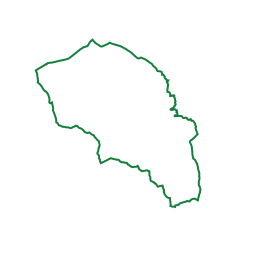 Nucet, Bihor, Romania (Albers equal-area conic projection), rotated 245°
{"feature_id": "2599482B33433612869061", "entity_name": "Nucet", "entity_type": "district", "adm_level": 2, "iso_a3": "ROU", "parent_name": "Romania", "parent_adm1": "Bihor", "projection": "albers", "projection_center": [22.608, 46.495], "detail": "fine", "context": "isolated", "style": "outline", "palette": "green", "viewbox_px": 256, "rotation_deg": 245, "n_neighbors": 0, "source": "geoboundaries", "source_scale": "gbopen_adm2", "svg_char_len": 5787}
<svg xmlns="http://www.w3.org/2000/svg" viewBox="0 0 256 256"><g transform="rotate(245 128 128)"><path d="M200.4,159.5L205.3,155.8L208.1,152.6L210.5,149.8L213.1,147.4L212.7,145.6L212.8,139.1L213.5,137.7L215.4,136.6L218.8,134.4L221.1,133.6L223.1,133.1L222.1,130.0L219.3,125.9L219.7,124.2L219.6,123.2L220.0,121.8L219.7,120.6L219.6,118.6L218.7,115.2L216.0,103.7L216.3,101.4L216.9,98.3L217.8,94.5L219.1,88.3L219.1,87.7L219.9,85.5L220.7,82.8L220.6,82.2L220.2,81.1L220.5,81.0L219.2,68.8L215.9,68.6L212.8,67.6L211.0,67.2L210.2,66.8L209.0,66.6L208.5,66.4L207.5,65.4L205.0,66.6L203.9,66.9L202.1,67.3L198.6,67.7L197.1,68.0L195.7,69.1L194.7,69.3L194.1,69.6L193.3,69.7L191.3,69.7L188.4,69.3L187.3,69.0L186.4,68.6L184.9,67.6L183.5,67.6L183.1,68.4L183.3,69.9L177.1,68.4L175.9,67.5L172.2,67.3L166.7,66.7L163.4,65.4L162.2,66.3L159.8,66.4L159.3,67.0L158.7,67.8L157.0,69.0L156.3,70.1L155.7,71.2L154.5,72.5L153.9,74.0L152.2,75.8L151.9,77.2L152.1,78.2L152.1,79.1L152.0,79.8L152.0,80.3L151.9,81.0L152.2,81.4L152.0,81.8L151.7,81.9L151.3,82.4L151.2,82.8L150.9,83.0L148.8,83.7L147.8,84.9L146.6,85.8L145.6,86.1L143.9,86.9L143.2,86.8L142.2,87.4L141.3,88.3L141.1,88.7L140.5,89.4L140.4,90.0L140.4,91.0L139.8,91.4L138.1,92.1L137.0,92.8L135.8,94.0L135.3,93.9L134.7,94.0L133.5,94.1L132.0,94.7L130.1,95.1L129.5,95.5L128.8,95.9L128.2,96.0L127.0,95.5L125.6,95.4L124.8,95.2L124.2,94.9L123.2,93.9L122.7,93.7L122.0,92.7L119.7,91.3L118.4,89.8L117.7,89.4L117.4,89.4L116.5,89.8L115.8,90.0L115.1,90.0L113.9,89.6L112.8,88.9L112.2,89.0L111.1,89.2L110.2,88.8L108.9,88.5L107.7,88.5L107.6,91.4L107.9,99.6L104.1,104.2L104.1,104.4L103.8,104.7L103.6,105.1L103.4,105.8L103.3,106.0L102.9,106.2L101.8,106.4L101.1,106.6L100.8,106.8L100.8,107.0L100.3,107.6L99.8,107.7L99.0,109.0L99.0,109.3L98.6,109.8L98.1,110.1L98.0,110.4L97.7,110.8L97.4,111.2L97.0,112.1L96.4,112.4L96.0,112.4L95.3,112.2L94.9,112.4L94.6,113.1L93.3,113.5L92.9,113.7L92.3,114.2L91.9,114.3L91.6,114.7L91.3,114.8L90.6,115.5L90.4,116.1L90.1,117.6L89.5,118.7L89.4,119.2L89.6,120.8L89.3,120.9L88.7,120.6L87.9,121.0L87.5,120.9L87.3,120.7L86.7,120.7L86.2,120.7L86.2,120.8L85.6,120.8L84.1,121.8L82.9,122.4L81.7,127.2L80.6,128.2L80.0,128.4L79.9,129.0L79.3,128.9L78.3,128.5L76.1,127.4L74.1,127.5L72.1,126.6L71.6,126.4L70.8,126.5L70.4,126.4L70.0,126.6L69.3,127.4L68.8,127.7L68.0,128.5L66.9,128.6L66.5,128.8L66.3,129.0L66.3,129.4L65.6,129.7L63.3,130.0L62.3,130.2L61.2,135.0L60.4,134.9L59.6,134.6L59.2,134.3L58.3,134.5L57.9,134.3L57.4,134.4L57.0,134.3L56.6,134.4L56.3,134.4L55.9,134.2L55.5,133.8L55.3,133.8L54.9,133.4L54.6,133.3L54.2,133.6L53.9,133.4L53.6,133.4L52.9,133.2L52.3,133.2L51.1,133.5L50.0,133.6L49.5,133.9L48.9,134.0L47.8,134.9L47.5,135.2L47.3,135.5L46.6,136.0L46.6,136.3L40.2,134.2L39.5,133.5L39.2,133.8L38.9,134.0L38.3,134.5L38.1,134.9L37.7,135.7L37.5,135.9L37.1,136.8L36.8,137.1L36.6,137.3L37.8,138.1L37.3,140.2L37.4,140.6L37.2,140.9L37.2,141.0L37.0,141.3L37.0,141.5L37.6,142.6L37.7,143.9L37.6,144.4L37.4,145.2L37.3,145.8L37.3,146.9L37.1,148.0L36.9,148.4L36.9,149.2L36.8,150.1L36.9,150.7L36.2,151.6L35.8,152.1L35.8,152.3L35.5,152.5L35.4,152.9L35.8,153.5L35.8,154.0L36.2,154.5L36.4,155.4L36.4,156.2L36.3,156.9L36.1,157.4L36.0,158.1L35.5,159.0L33.8,160.0L33.3,160.5L32.9,160.7L33.3,161.2L33.9,161.6L34.7,161.9L35.3,162.4L35.5,162.6L35.9,163.2L37.7,164.4L38.0,164.8L38.5,165.3L39.0,166.0L39.6,166.2L40.1,166.5L40.8,167.1L41.1,167.4L42.8,167.9L44.2,168.2L45.6,168.0L46.4,168.1L46.9,168.3L47.4,168.6L48.6,169.1L49.5,169.5L50.3,170.1L50.8,170.6L51.6,171.2L53.3,172.0L53.9,172.0L54.3,172.1L55.1,172.7L56.3,173.3L58.4,173.9L60.2,174.0L61.8,174.4L63.1,174.9L65.7,175.2L66.3,175.6L66.6,175.6L66.8,175.6L67.4,175.3L68.2,175.2L69.7,175.4L70.6,175.3L72.5,174.3L73.5,174.3L74.2,174.5L77.4,175.4L79.2,176.2L83.9,177.8L85.4,178.1L88.3,178.1L89.2,178.2L89.5,178.5L90.1,179.3L90.3,179.8L90.5,181.5L91.0,182.8L91.3,184.3L93.0,188.5L94.5,188.7L97.5,188.8L98.6,189.0L99.1,189.2L99.6,189.2L99.9,189.5L100.3,190.1L100.6,190.3L101.5,190.3L102.0,190.1L102.7,190.4L103.7,190.6L106.7,190.1L106.9,190.0L107.3,189.6L107.5,188.7L108.0,188.5L108.6,188.7L109.3,188.7L109.6,188.5L109.5,187.2L109.5,186.9L109.6,186.6L110.7,185.5L111.1,185.5L111.8,185.7L112.1,185.6L113.2,184.5L113.2,183.8L113.3,183.2L113.8,182.2L114.3,182.0L115.4,181.9L116.1,181.6L116.5,181.1L118.3,177.4L118.6,175.9L119.0,175.4L119.3,175.4L119.5,175.6L119.6,175.8L119.6,176.1L119.0,177.5L119.0,177.9L119.2,178.5L119.5,178.7L119.9,178.7L121.2,179.1L121.6,178.5L121.9,178.5L122.2,178.8L122.6,179.4L122.9,179.6L123.5,179.7L124.0,179.0L124.9,178.6L125.3,178.2L125.5,176.7L125.7,175.7L126.1,174.9L126.4,174.5L126.6,174.4L126.8,174.4L127.0,174.7L127.1,175.1L127.2,177.3L127.5,178.3L127.6,178.7L127.8,179.0L127.9,179.4L128.7,179.7L128.8,180.5L129.1,181.0L129.5,181.3L130.7,181.2L131.5,181.6L132.0,182.2L132.1,182.4L133.2,182.4L134.4,182.9L135.4,183.0L135.7,182.9L136.4,182.9L136.9,183.0L137.2,183.3L137.4,183.6L138.3,183.4L138.3,182.1L138.8,181.8L138.9,181.6L138.9,180.0L139.1,179.7L140.5,180.4L141.0,180.5L141.7,180.8L142.5,180.7L143.0,180.5L143.9,179.3L144.0,179.1L145.8,179.6L146.4,180.2L146.7,180.3L147.3,180.8L148.5,181.3L149.3,182.1L149.6,182.3L150.3,182.4L150.7,182.8L151.0,182.8L151.4,182.7L151.8,182.9L152.1,182.9L152.9,182.5L153.4,183.0L153.7,183.0L153.6,183.8L153.7,184.0L154.0,184.4L154.1,184.0L154.2,183.8L155.0,183.6L155.5,183.2L155.9,183.2L156.3,183.2L156.6,182.8L157.5,182.6L158.5,182.6L158.8,183.0L159.5,183.0L160.3,182.8L161.6,182.4L161.7,181.5L163.4,182.0L164.5,182.2L165.6,181.3L167.0,179.0L167.4,178.7L167.7,178.6L168.9,178.7L170.5,178.6L173.8,177.0L175.2,176.9L176.2,176.6L177.1,176.1L177.8,175.5L180.0,174.4L180.9,173.7L182.0,173.4L186.2,169.7L186.4,169.2L186.4,167.9L186.5,167.2L186.7,166.9L187.3,166.1L191.4,164.2L194.3,163.1L197.0,161.7L198.4,160.6L200.4,159.5Z" fill="none" stroke="#15803d" stroke-width="2"/></g></svg>